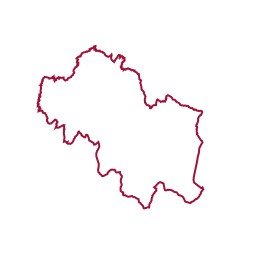 Ruhango, Southern, Rwanda, rotated 36°
{"feature_id": "39286606B52583425373362", "entity_name": "Ruhango", "entity_type": "district", "adm_level": 2, "iso_a3": "RWA", "parent_name": "Rwanda", "parent_adm1": "Southern", "projection": "equal_earth", "projection_center": [29.754, -2.193], "detail": "fine", "context": "isolated", "style": "outline", "palette": "rose", "viewbox_px": 256, "rotation_deg": 36, "n_neighbors": 0, "source": "geoboundaries", "source_scale": "gbopen_adm2", "svg_char_len": 5665}
<svg xmlns="http://www.w3.org/2000/svg" viewBox="0 0 256 256"><g transform="rotate(36 128 128)"><path d="M222.5,152.1L222.8,151.5L222.7,150.5L224.0,148.8L224.5,145.8L225.0,145.5L225.4,144.8L225.6,143.3L225.8,141.6L225.4,139.8L225.6,138.9L225.5,138.3L224.7,137.2L224.9,136.1L224.7,135.2L224.9,133.2L223.2,132.3L223.0,133.2L222.5,133.6L213.6,133.3L211.5,131.5L209.8,128.5L204.1,115.7L201.1,109.6L200.6,108.0L199.4,105.4L197.6,102.5L196.9,98.3L196.8,96.0L195.7,95.1L194.8,95.2L187.4,92.5L187.0,92.1L187.2,91.6L185.7,90.6L184.5,88.7L184.1,88.6L183.7,87.0L183.1,86.4L182.2,86.5L181.8,85.6L181.5,85.5L181.6,84.8L180.7,81.2L179.1,79.0L178.7,76.6L179.0,76.2L178.9,75.2L179.4,74.5L178.7,71.5L177.9,71.0L176.9,71.2L174.8,72.9L173.4,73.4L172.5,73.2L171.2,74.2L170.9,73.9L170.2,74.6L168.4,74.1L167.4,74.8L165.0,75.4L164.1,74.8L162.1,75.9L161.2,76.1L159.8,77.3L158.9,77.6L158.0,78.3L156.4,78.5L155.8,78.0L154.0,77.9L151.3,78.4L150.5,77.8L149.3,77.7L147.5,78.6L145.5,77.6L144.9,77.5L141.0,78.0L140.4,80.0L140.8,80.4L141.5,82.4L141.7,82.6L142.0,82.4L142.4,84.8L141.8,84.8L141.6,85.5L140.5,85.5L140.1,86.5L139.5,86.9L139.1,87.7L138.3,87.5L135.2,87.6L135.1,88.4L135.7,90.5L137.2,93.0L135.6,94.2L134.8,95.8L135.1,97.4L134.9,98.5L134.1,98.9L133.3,97.6L132.9,97.9L131.7,97.5L129.4,98.4L127.5,97.4L126.9,97.5L124.8,95.1L123.6,92.2L120.7,90.7L119.6,89.5L116.3,88.8L114.2,86.4L111.3,84.1L110.6,81.8L108.6,81.9L104.9,77.9L104.1,78.6L102.3,77.9L99.9,78.4L99.5,77.7L98.7,78.3L98.3,78.1L97.7,78.3L96.8,79.4L95.5,78.9L94.7,79.6L93.1,79.6L92.6,80.1L92.4,81.0L91.7,81.4L91.8,82.3L91.6,82.5L90.5,82.6L90.4,83.1L90.3,82.9L89.5,83.3L89.0,82.8L88.4,83.0L88.4,83.5L88.2,83.4L87.9,83.8L86.8,83.2L87.0,82.8L86.0,82.4L86.2,81.7L86.1,81.4L86.3,81.4L85.8,80.6L85.7,80.0L85.3,79.9L85.3,79.3L84.9,78.8L84.9,78.1L85.9,78.2L85.3,77.8L85.4,77.0L85.0,77.0L85.6,75.5L85.2,74.7L84.4,74.2L84.0,74.3L84.0,73.4L83.2,73.4L83.5,73.9L83.2,74.3L83.1,73.8L81.6,73.8L80.8,73.3L80.4,74.0L80.3,74.9L80.1,74.5L79.8,75.1L79.6,74.4L78.4,74.2L78.3,73.9L77.6,74.3L77.5,75.9L77.8,77.3L77.6,79.7L78.0,82.8L74.7,82.5L73.4,81.5L72.4,79.9L72.0,78.7L71.5,78.3L71.4,80.0L70.1,82.1L67.1,82.5L64.8,81.4L63.5,81.8L62.6,81.3L61.3,82.3L60.5,82.4L59.7,82.0L59.3,82.9L58.8,82.8L56.8,84.5L56.3,84.4L56.1,83.2L55.9,83.2L55.9,83.5L55.5,83.2L55.0,83.4L54.7,83.8L54.6,83.1L53.9,81.8L53.6,81.7L53.8,81.1L53.6,80.8L52.6,81.9L52.6,84.0L51.4,85.1L51.6,86.0L50.9,86.3L50.6,86.8L51.3,87.3L51.6,88.2L50.9,88.7L50.0,90.5L49.4,90.5L48.8,91.8L47.4,93.3L47.1,94.3L46.8,94.6L47.1,96.0L46.9,97.7L47.4,97.5L47.6,98.0L46.8,98.9L46.1,99.3L45.4,101.7L45.5,102.1L47.4,102.0L47.6,102.8L47.5,103.8L47.8,104.8L48.9,105.3L49.2,104.4L49.6,104.4L49.9,105.2L49.9,106.4L50.7,106.3L50.8,106.6L50.5,107.7L50.2,108.0L50.5,109.0L49.7,109.8L49.9,110.7L49.8,112.7L50.7,114.3L51.8,114.6L52.0,115.0L52.0,116.9L52.3,117.5L51.7,118.9L52.0,120.2L50.3,122.9L50.2,123.5L50.7,124.5L49.3,126.5L47.1,126.2L46.2,125.0L44.7,126.6L43.2,127.1L43.3,128.7L42.5,128.6L41.9,128.1L41.1,130.2L41.2,130.9L41.7,131.5L41.2,132.2L41.1,133.2L40.1,132.5L38.8,130.5L38.0,131.5L37.4,130.3L36.6,132.7L35.5,134.2L35.1,134.4L34.3,134.0L30.6,135.5L30.6,136.6L30.2,137.6L30.5,138.1L30.5,139.6L31.1,139.6L31.4,140.0L31.3,141.6L32.1,142.4L31.8,142.8L32.1,143.2L32.0,144.1L32.3,143.8L32.5,144.2L33.0,144.5L32.9,145.0L33.2,145.9L34.5,147.1L34.8,148.3L36.1,150.3L36.8,150.4L37.1,152.7L36.6,153.1L37.1,153.7L38.4,153.7L38.7,154.1L38.5,155.1L38.0,155.5L38.5,155.9L38.5,156.4L39.4,157.0L39.1,157.5L39.9,157.8L39.5,158.3L40.3,158.7L40.0,159.9L40.5,160.3L40.5,160.9L41.0,160.9L40.9,161.6L41.4,162.0L41.8,161.9L41.8,162.7L42.3,162.9L42.4,163.5L42.9,163.1L43.6,163.5L44.0,162.8L45.6,163.7L44.9,165.7L45.4,166.1L45.8,167.1L47.6,164.8L47.9,164.8L48.3,164.4L48.9,164.5L49.9,165.6L50.2,165.4L50.4,165.6L52.4,164.7L52.9,165.2L54.4,165.6L54.9,166.2L57.3,167.5L57.5,168.9L58.4,170.1L59.1,170.1L60.1,170.8L61.4,170.8L62.1,170.6L63.2,169.3L64.1,164.1L64.5,163.8L65.3,164.0L65.7,163.8L66.7,164.7L67.5,164.7L67.5,166.6L67.8,167.3L68.7,167.5L69.3,170.0L69.6,169.1L70.2,169.5L71.6,168.6L74.0,163.7L74.8,163.2L75.1,164.4L75.8,164.6L76.6,166.2L77.3,166.3L77.5,167.7L78.0,168.0L79.1,170.0L82.1,172.8L84.2,176.7L84.8,175.7L86.1,175.8L86.9,175.3L87.2,174.8L87.6,176.1L88.5,176.1L90.0,174.9L90.7,174.8L91.4,173.0L91.4,170.4L90.7,168.8L90.9,167.5L90.4,166.3L91.0,163.8L90.8,162.2L90.3,161.4L90.2,160.1L90.4,159.7L91.5,160.3L93.3,160.1L94.8,161.3L95.5,161.0L96.0,161.3L97.7,161.2L98.7,160.9L98.4,158.6L98.2,158.1L98.6,157.7L99.5,157.6L101.9,159.0L104.0,160.9L108.7,160.3L110.4,161.4L111.3,160.4L112.3,156.8L114.1,158.2L115.8,159.9L116.5,163.6L116.5,165.0L117.6,167.7L119.3,169.7L125.6,174.3L127.1,176.7L128.4,179.5L130.1,181.2L131.1,181.1L132.3,181.7L134.0,181.6L135.2,182.1L136.1,181.7L138.4,177.3L137.9,176.0L138.0,174.8L138.6,172.2L139.1,171.4L141.9,169.6L143.7,170.6L144.8,170.8L147.5,168.4L148.1,169.3L149.2,169.9L151.3,170.5L152.0,171.5L152.1,172.8L153.4,175.4L156.2,177.5L156.5,178.0L156.9,180.4L159.0,183.2L160.4,183.4L162.0,182.9L162.5,183.5L162.3,183.8L163.4,185.0L164.4,184.9L165.2,184.0L167.2,183.9L168.6,183.5L170.3,181.8L171.1,180.7L172.5,180.7L174.2,180.0L176.2,179.9L178.4,179.4L180.5,181.6L182.4,181.4L183.8,182.0L185.7,182.1L187.8,183.7L188.3,183.6L190.7,180.5L191.7,179.9L190.0,176.7L189.9,174.1L189.5,172.4L188.6,171.3L188.0,168.9L187.4,168.3L187.6,167.1L187.3,165.7L187.7,164.6L187.3,163.6L187.8,162.3L186.6,160.4L186.1,160.7L184.0,160.6L184.4,159.4L185.0,154.5L185.8,152.9L189.3,152.0L193.4,155.8L194.6,156.5L195.6,156.0L196.6,154.4L197.1,154.4L198.3,153.3L200.0,152.7L203.3,152.4L205.4,151.4L208.4,152.6L209.5,152.0L211.6,151.5L213.4,151.6L217.6,153.9L222.5,152.1Z" fill="none" stroke="#9f1239" stroke-width="2"/></g></svg>